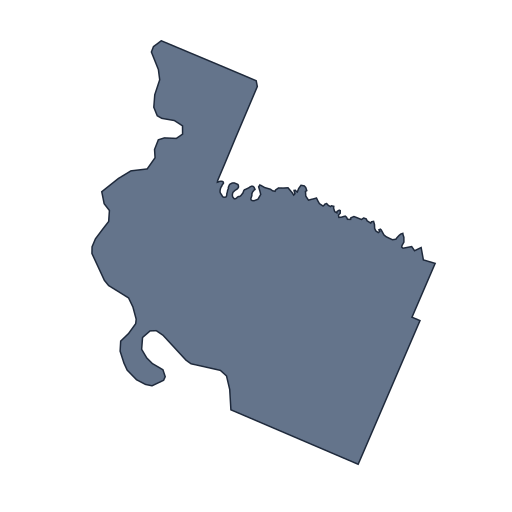 Lyman, South Dakota, United States of America (orthographic projection), rotated 203°
{"feature_id": "52423323B78517119987151", "entity_name": "Lyman", "entity_type": "district", "adm_level": 2, "iso_a3": "USA", "parent_name": "United States of America", "parent_adm1": "South Dakota", "projection": "orthographic", "projection_center": [-99.765, 43.859], "detail": "fine", "context": "isolated", "style": "filled", "palette": "slate", "viewbox_px": 512, "rotation_deg": 203, "n_neighbors": 0, "source": "geoboundaries", "source_scale": "gbopen_adm2", "svg_char_len": 3726}
<svg xmlns="http://www.w3.org/2000/svg" viewBox="0 0 512 512"><g transform="rotate(203 256 256)"><path d="M307.6,94.6L301.0,95.9L292.5,105.5L292.4,109.4L297.2,114.9L309.4,116.5L316.8,119.5L324.8,125.4L328.6,136.7L324.2,145.7L318.6,148.3L310.6,146.7L279.6,132.7L273.7,131.4L244.1,136.8L236.3,134.1L228.0,122.8L219.0,104.6L80.6,104.2L80.5,115.8L79.8,260.6L88.5,260.6L88.2,319.2L100.4,317.8L107.3,328.3L112.1,322.8L116.4,325.5L123.4,320.8L123.7,320.6L125.4,321.1L125.7,322.8L125.3,326.6L127.2,331.0L129.1,333.2L129.7,334.2L131.3,332.8L132.3,330.9L133.4,327.9L133.8,326.1L136.7,324.3L140.3,324.4L143.8,324.6L146.5,325.4L150.9,328.9L152.0,329.3L153.1,328.1L152.2,327.4L151.7,327.0L152.6,325.3L155.5,325.9L157.6,327.8L159.2,331.2L161.3,333.8L163.1,332.6L163.2,331.1L167.5,331.8L169.0,333.2L171.7,333.1L173.2,330.8L179.0,330.7L181.3,330.6L183.6,328.2L183.2,326.7L186.1,325.5L187.7,327.0L189.4,327.6L190.9,326.5L192.5,325.1L194.8,323.9L196.1,325.9L195.2,328.3L196.2,330.7L197.3,330.7L198.8,328.7L198.4,327.3L200.9,327.6L203.3,330.4L203.8,332.1L206.2,331.7L206.7,330.6L209.1,330.8L211.5,331.9L212.9,330.6L213.1,329.5L213.8,328.2L214.5,328.3L218.1,329.0L220.6,330.9L223.0,333.0L225.7,330.8L227.0,329.9L229.5,327.9L233.6,330.6L235.7,334.8L234.8,336.0L237.0,338.5L239.0,339.4L242.2,338.7L243.1,334.8L243.0,331.0L244.2,331.2L245.4,331.9L246.6,331.2L246.0,330.3L244.5,328.6L245.1,326.8L247.3,328.3L253.2,331.3L257.4,329.2L261.9,327.4L263.8,324.4L263.7,323.0L266.3,322.5L268.8,323.1L274.8,322.4L279.1,322.9L279.7,322.7L280.2,322.9L280.6,320.7L277.4,316.8L275.7,314.5L276.4,309.0L279.3,306.2L280.4,305.7L281.6,305.5L282.5,305.8L283.0,306.4L283.2,307.1L283.3,309.1L283.4,309.6L283.5,310.3L283.8,311.0L284.2,311.5L284.1,312.2L284.2,313.3L284.0,314.2L283.7,315.0L283.5,316.0L282.9,316.8L283.4,317.4L283.9,317.8L284.4,318.3L284.9,318.6L285.7,318.9L286.7,318.8L287.4,318.5L287.8,318.0L288.5,317.3L289.0,316.3L290.3,314.8L291.7,313.2L292.4,312.6L292.6,312.2L292.8,311.2L292.7,310.3L292.7,309.1L292.7,308.4L293.0,307.7L293.2,307.1L293.3,306.4L293.7,305.3L294.1,304.7L294.6,304.2L295.2,304.0L295.7,303.5L296.2,302.7L296.5,301.8L297.0,301.0L297.9,300.3L298.6,300.2L299.4,300.7L300.3,301.1L300.9,301.7L301.4,302.5L301.7,303.2L301.9,304.0L302.0,304.7L302.1,305.5L301.9,306.1L301.6,306.7L301.3,307.5L301.0,308.1L300.8,308.5L300.4,309.0L300.1,309.5L299.5,310.3L299.2,311.2L299.0,312.3L299.4,313.5L300.0,314.1L300.3,314.6L300.8,314.8L302.0,314.8L304.4,314.8L305.4,314.4L306.0,314.1L306.6,313.7L307.0,313.1L307.5,312.6L308.1,311.8L308.3,311.0L308.3,309.9L308.3,308.4L307.8,307.6L307.8,305.7L307.7,304.8L307.5,304.2L307.3,303.3L307.3,302.3L307.0,301.5L306.8,300.8L306.6,299.8L306.6,298.9L307.0,298.3L307.7,298.0L308.4,297.5L309.4,297.5L310.1,297.7L311.6,298.9L312.7,299.6L313.7,300.3L314.5,301.7L314.9,303.4L315.0,304.1L315.1,305.0L315.0,306.3L314.8,307.0L314.9,308.2L314.8,308.6L314.5,309.6L314.4,310.4L314.9,311.1L315.2,311.4L316.3,311.5L317.0,311.3L317.9,310.9L318.6,310.5L319.3,309.9L319.9,309.1L320.2,309.0L320.4,308.8L320.8,310.5L320.8,328.0L320.9,343.1L321.0,356.1L321.0,369.6L321.0,381.5L321.0,385.6L321.0,397.7L321.0,405.0L321.0,412.5L324.3,417.4L329.9,417.4L338.4,417.4L346.9,417.4L350.1,417.4L427.3,417.1L432.2,408.7L432.0,402.9L418.7,389.5L413.5,380.6L412.2,364.9L408.2,353.0L401.7,346.5L396.5,345.9L384.1,348.8L374.5,347.1L371.2,339.5L375.3,333.1L386.5,328.9L391.3,324.8L391.0,314.4L387.3,307.0L390.2,293.6L404.4,285.5L412.9,273.7L423.1,254.9L416.2,244.8L408.7,240.6L405.1,230.2L407.4,221.6L410.5,209.1L410.5,200.4L408.0,194.2L386.0,174.3L380.1,171.2L356.9,167.6L349.4,161.0L341.6,151.0L340.3,146.7L343.0,134.9L347.3,124.8L343.9,115.3L335.7,105.8L330.0,100.6L317.6,95.4L307.6,94.6Z" fill="#64748b" stroke="#1e293b" stroke-width="1.5"/></g></svg>